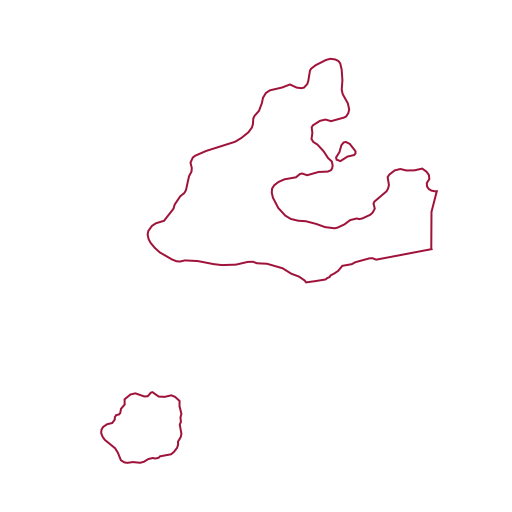 Rabaul District, East New Britain, Papua New Guinea, rotated 257°
{"feature_id": "67681753B57084390213157", "entity_name": "Rabaul District", "entity_type": "district", "adm_level": 2, "iso_a3": "PNG", "parent_name": "Papua New Guinea", "parent_adm1": "East New Britain", "projection": "albers", "projection_center": [152.151, -4.184], "detail": "fine", "context": "isolated", "style": "outline", "palette": "rose", "viewbox_px": 512, "rotation_deg": 257, "n_neighbors": 0, "source": "geoboundaries", "source_scale": "gbopen_adm2", "svg_char_len": 2935}
<svg xmlns="http://www.w3.org/2000/svg" viewBox="0 0 512 512"><g transform="rotate(257 256 256)"><path d="M278.5,446.7L278.5,445.6L280.2,441.7L282.4,439.4L285.2,438.3L288.6,438.8L292.0,442.2L296.0,442.7L299.9,441.0L303.8,437.6L303.8,429.7L305.5,421.8L308.3,416.2L308.2,410.5L305.4,404.3L303.2,402.0L295.3,401.5L291.9,399.8L289.6,397.6L282.3,383.5L280.6,382.3L275.5,382.4L272.1,379.5L270.5,376.7L268.7,368.3L268.7,364.9L269.9,362.6L269.8,355.8L266.9,349.3L265.3,341.7L265.3,338.9L268.6,329.8L273.7,321.9L278.7,312.3L280.9,304.9L281.1,304.6L282.0,302.8L284.3,298.2L284.6,297.9L288.8,293.6L297.8,288.5L309.0,285.6L314.1,285.6L318.0,286.8L320.8,289.6L323.1,294.6L324.3,300.9L323.7,312.7L326.0,317.2L326.0,319.5L323.2,324.0L323.8,335.9L322.1,344.9L322.4,346.4L322.7,348.3L324.4,350.0L327.2,351.1L331.1,351.1L335.1,348.3L342.9,345.4L350.8,340.9L351.8,339.9L354.2,337.5L357.5,336.4L358.3,336.7L363.2,338.6L368.8,339.2L370.5,340.8L373.3,348.7L373.3,354.4L370.5,359.5L371.1,373.0L371.7,375.3L374.5,378.1L377.9,379.8L384.1,379.8L394.2,376.9L398.7,376.9L407.7,379.7L418.4,381.4L424.6,381.4L427.4,380.2L429.7,377.4L431.4,372.9L431.3,368.4L428.5,357.1L426.2,352.0L424.5,350.3L415.0,346.4L412.1,344.7L409.3,340.7L409.3,337.9L411.0,333.4L415.5,327.7L414.3,319.3L414.3,306.8L412.6,302.3L408.6,298.4L403.6,296.1L396.8,291.6L392.8,286.0L390.6,284.3L385.0,282.6L382.1,280.9L378.2,276.4L374.2,268.0L372.0,261.2L369.6,231.2L367.4,219.4L366.2,216.6L361.7,213.2L356.1,213.2L352.7,212.1L348.8,208.7L346.3,207.5L335.8,202.5L333.5,200.3L331.3,195.7L324.5,188.4L320.6,186.2L311.0,174.3L310.4,165.9L308.7,161.3L308.2,160.8L304.7,156.8L301.3,155.2L296.3,155.2L292.4,156.3L286.7,159.2L281.1,163.1L271.6,173.3L268.8,177.3L267.7,180.7L267.7,185.8L264.2,198.0L262.6,201.7L257.6,212.9L254.8,220.8L252.1,234.4L252.1,246.8L251.0,251.9L248.7,255.3L246.0,264.9L238.1,279.1L230.8,286.4L226.3,293.2L221.3,297.8L219.0,298.9L218.5,304.8L218.3,306.6L217.7,315.3L217.5,318.1L217.7,318.9L218.5,320.6L218.9,322.9L220.3,324.3L221.5,328.8L223.1,332.8L227.0,337.9L226.5,347.5L227.6,351.4L228.2,366.1L227.7,368.9L225.4,372.3L223.2,428.6L224.0,428.5L259.5,436.9L278.2,446.6L278.5,446.7ZM137.0,145.4L139.3,142.1L139.3,135.3L140.9,129.6L146.6,124.5L146.5,122.8L143.7,118.9L144.3,115.5L149.3,107.6L149.3,102.5L145.9,95.7L140.8,94.6L137.5,90.1L133.5,88.4L132.4,86.7L132.4,83.9L130.7,82.2L128.4,81.6L125.6,78.3L125.6,73.2L123.9,68.7L121.6,66.4L118.3,65.3L114.3,65.9L110.9,67.3L100.3,75.5L95.2,77.2L87.4,78.4L84.6,81.2L83.4,84.0L82.9,89.7L80.6,96.5L80.7,100.4L82.4,105.5L82.4,110.0L81.3,112.3L81.3,115.7L82.4,117.4L81.9,128.7L83.6,132.0L86.9,136.0L89.8,137.7L92.6,138.2L96.5,141.9L99.4,143.3L108.9,143.8L111.2,145.5L115.7,146.1L119.0,147.8L126.9,147.7L132.0,148.9L137.0,145.4ZM344.1,372.6L346.9,369.2L346.9,366.9L344.7,364.1L338.5,360.7L334.0,356.2L331.7,356.2L329.5,359.6L332.3,367.5L332.3,374.3L333.5,376.0L335.7,376.5L344.1,372.6Z" fill="none" stroke="#9f1239" stroke-width="2"/></g></svg>